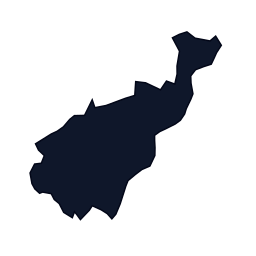 the district of Alayköy, Cyprus, rotated 83°
{"feature_id": "46923920B56157666761112", "entity_name": "Alayköy", "entity_type": "district", "adm_level": 2, "iso_a3": "CYP", "parent_name": "Cyprus", "parent_adm1": "", "projection": "equal_earth", "projection_center": [33.249, 35.201], "detail": "fine", "context": "isolated", "style": "filled", "palette": "ink", "viewbox_px": 256, "rotation_deg": 83, "n_neighbors": 0, "source": "geoboundaries", "source_scale": "gbopen_adm2", "svg_char_len": 1061}
<svg xmlns="http://www.w3.org/2000/svg" viewBox="0 0 256 256"><g transform="rotate(83 128 128)"><path d="M43.9,72.9L58.0,67.5L72.4,71.8L80.5,72.7L90.1,76.2L86.1,84.1L94.1,91.1L85.3,105.0L82.9,114.7L96.5,117.3L98.2,126.9L103.0,147.0L103.8,158.4L95.7,160.1L110.2,169.6L109.2,179.7L112.3,184.7L119.0,192.0L122.6,198.7L124.6,204.9L128.8,213.9L132.4,221.7L139.0,219.5L145.2,214.4L152.4,218.3L152.4,225.1L160.7,230.7L171.5,230.1L177.1,227.9L182.0,223.7L181.2,220.6L183.8,212.2L190.0,209.9L194.6,205.5L203.9,202.1L210.2,194.2L204.6,191.3L208.0,189.2L213.1,186.4L204.9,176.4L200.8,173.0L205.9,164.6L210.5,159.0L216.2,155.1L212.1,150.6L202.3,145.0L192.5,140.5L185.3,137.2L180.2,134.4L175.1,126.5L170.9,119.3L168.4,110.9L158.6,104.7L150.9,103.6L143.7,103.1L138.5,102.5L135.4,96.9L133.4,90.8L129.8,80.7L126.7,75.1L121.0,70.1L115.9,67.8L107.2,62.2L102.0,59.4L91.2,60.0L84.0,59.4L78.4,53.9L76.3,45.5L74.8,37.6L69.6,34.3L64.0,30.9L57.3,25.3L47.5,29.8L51.6,36.0L49.1,43.8L47.0,50.5L39.8,57.8L41.3,65.6L43.9,72.9Z" fill="#0f172a" stroke="#020617" stroke-width="1.5"/></g></svg>